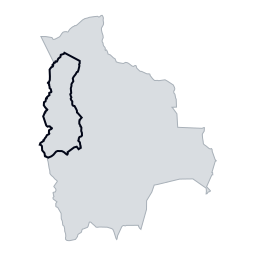 location of La Paz within Bolivia
{"feature_id": "BOL-1936", "entity_name": "La Paz", "entity_type": "Department", "adm_level": 1, "iso_a3": "BOL", "parent_name": "Bolivia", "parent_adm1": "", "projection": "natural_earth1", "projection_center": [-68.162, -14.972], "detail": "medium", "context": "in_parent", "style": "outline", "palette": "ink", "viewbox_px": 256, "rotation_deg": 0, "n_neighbors": 0, "source": "natural_earth", "source_scale": "10m", "svg_char_len": 5100}
<svg xmlns="http://www.w3.org/2000/svg" viewBox="0 0 256 256"><path d="M42.3,150.4L41.9,146.5L41.3,145.5L40.4,144.8L40.1,144.1L40.4,143.2L42.1,141.6L43.1,141.3L43.3,140.5L46.5,135.8L47.5,134.9L48.7,134.2L49.1,133.7L48.9,132.0L49.0,130.8L49.3,130.1L51.5,128.8L51.7,128.5L51.6,128.1L50.7,127.2L48.8,126.4L47.5,126.5L46.3,125.3L43.7,118.2L43.3,116.6L43.3,115.9L45.0,112.5L46.9,109.7L46.7,109.0L44.6,106.3L44.0,105.0L44.2,102.1L45.4,101.3L46.0,98.7L46.5,98.3L47.7,96.6L49.2,95.0L49.3,93.1L49.8,92.6L51.1,91.9L51.3,91.5L51.0,90.2L50.3,88.8L49.8,88.1L49.1,84.8L48.3,83.1L49.1,81.6L49.6,80.0L49.8,78.0L49.7,69.4L51.3,67.3L52.1,66.9L52.9,66.1L52.8,64.8L54.0,63.0L40.9,36.5L46.0,36.6L51.6,37.5L52.5,38.1L52.7,39.0L53.3,39.4L54.9,39.2L59.4,36.9L60.1,36.2L61.7,33.7L62.9,32.3L64.1,31.8L66.4,31.6L67.1,32.0L68.1,31.9L68.9,30.5L70.1,28.9L72.5,26.9L73.8,26.4L74.5,25.7L75.9,25.6L77.0,24.9L82.6,19.9L84.9,18.6L87.5,18.0L89.4,17.3L94.4,16.6L97.6,16.3L98.6,17.0L99.8,16.8L100.8,15.7L101.6,15.4L102.2,15.4L103.0,16.7L103.4,18.1L103.2,19.2L103.2,20.8L103.6,22.8L103.4,24.6L101.5,28.0L101.4,29.0L101.5,30.3L102.0,32.5L103.0,35.5L103.2,37.8L102.5,39.2L102.1,40.5L102.2,41.6L102.4,42.3L102.9,42.7L103.1,43.6L103.2,44.8L103.8,46.1L104.9,47.3L105.3,48.4L105.1,49.5L105.2,50.1L105.5,50.4L106.2,49.9L106.6,50.0L107.3,51.5L107.8,53.0L108.0,54.0L110.3,54.9L113.5,57.9L115.0,58.7L116.3,61.9L118.7,62.7L123.3,63.5L125.5,62.4L127.0,62.6L128.5,63.3L132.0,66.0L133.4,66.5L134.4,65.8L135.3,65.5L136.1,65.8L136.8,68.2L139.4,70.7L140.4,71.4L141.6,71.4L146.5,73.7L147.8,73.9L149.0,73.8L149.9,74.2L150.2,75.6L152.4,78.4L153.4,79.5L154.6,80.5L157.8,80.4L158.7,80.7L165.0,79.8L167.4,81.1L173.3,85.0L174.5,87.5L174.8,88.9L174.4,90.3L173.9,90.8L173.7,91.7L173.9,93.0L174.9,94.2L175.7,98.3L176.2,99.1L176.5,107.1L172.0,107.3L172.8,108.1L176.9,113.8L177.7,127.3L201.5,128.3L202.1,128.3L203.9,127.6L204.4,127.6L204.2,131.1L202.5,133.8L202.3,134.7L202.6,138.3L203.1,141.2L203.4,143.8L204.1,144.6L206.1,146.0L209.2,148.6L210.5,148.9L211.5,148.6L212.1,149.6L212.2,151.3L214.9,159.0L215.4,160.0L216.2,160.6L216.1,161.0L215.4,161.1L215.1,161.7L211.9,172.5L212.6,172.6L212.8,174.8L211.9,174.9L211.6,175.4L206.6,186.7L210.4,190.8L210.0,191.5L208.1,192.1L207.0,193.7L206.1,193.9L206.4,191.1L206.2,188.6L205.9,188.0L192.9,178.9L179.6,179.1L157.8,184.4L154.2,185.1L151.8,192.1L146.6,200.7L146.5,209.4L140.9,229.4L139.5,228.1L138.5,226.2L138.3,225.3L138.1,225.3L126.2,225.4L125.6,225.8L124.7,225.8L124.1,225.5L123.5,225.5L122.6,225.9L121.8,226.6L117.6,235.7L117.0,239.0L116.7,239.5L116.0,238.4L113.9,231.7L112.8,229.3L111.4,228.5L107.2,227.2L99.6,227.0L97.2,227.3L96.0,227.1L94.7,225.7L91.9,223.3L91.3,222.5L90.2,222.0L89.6,222.0L89.2,222.5L88.1,226.3L87.5,227.3L83.5,228.9L82.5,229.1L81.9,230.0L81.7,231.2L81.2,232.4L78.4,234.1L77.8,234.8L77.5,236.5L75.5,239.4L70.0,240.6L68.1,240.6L66.9,240.4L65.7,239.5L65.5,237.9L65.8,236.2L65.6,233.8L64.7,231.1L64.7,230.2L64.6,228.9L64.1,226.3L62.8,225.1L62.3,221.1L61.3,218.8L61.1,213.4L57.7,207.4L56.3,206.9L55.9,206.6L55.8,205.7L55.8,203.4L57.0,201.9L53.2,199.0L53.0,198.2L53.0,197.6L54.0,196.4L53.4,195.0L53.4,193.7L53.0,193.1L53.0,192.7L53.5,192.3L55.3,191.9L55.9,190.6L55.9,189.4L55.6,188.7L53.9,186.7L53.9,186.3L57.3,181.4L57.2,181.0L56.8,180.5L55.0,179.1L53.0,176.8L51.5,175.6L50.5,174.4L49.9,173.5L49.8,170.8L49.1,168.1L48.1,161.7L47.4,159.4L48.2,158.1L48.1,157.8L44.9,155.9L44.3,153.0L42.3,150.4Z" fill="#d9dde1" stroke="#a8b0b8" stroke-width="1"/><path d="M45.3,156.5L44.9,156.1L44.6,153.6L44.3,152.8L42.2,150.4L41.9,146.1L40.8,144.9L39.8,144.7L40.4,143.0L43.6,140.9L43.4,140.2L44.2,139.7L44.7,138.5L46.2,136.7L46.8,135.2L48.9,134.2L49.3,133.6L48.9,132.7L49.0,130.5L49.4,129.9L51.5,128.9L51.9,128.3L51.7,127.9L50.6,127.3L49.7,126.3L48.7,126.3L47.7,126.7L46.7,126.0L46.2,125.3L43.2,116.3L44.2,114.2L44.4,113.2L45.3,112.6L45.2,111.6L46.2,110.8L46.4,110.1L47.0,110.1L47.3,109.6L45.2,107.4L43.8,105.3L44.0,102.2L45.5,101.4L46.0,98.4L46.9,98.4L47.0,97.1L49.5,95.0L49.2,94.0L49.3,92.8L51.1,92.2L51.4,91.8L50.8,89.2L49.6,88.1L49.5,86.3L49.1,85.2L49.2,84.3L47.9,82.9L48.1,82.5L49.0,82.3L49.1,81.7L49.8,80.0L49.9,76.3L49.6,69.6L51.2,67.3L52.8,66.5L53.1,65.8L52.5,65.4L52.4,65.0L53.4,64.1L53.9,62.8L54.8,62.8L55.5,61.4L56.5,61.7L57.0,61.5L58.3,58.6L60.4,57.0L60.8,54.8L63.8,53.9L64.4,52.8L79.7,60.9L79.7,63.4L79.1,64.3L79.4,65.9L78.5,69.8L77.8,71.8L76.8,72.1L75.6,74.3L73.7,76.7L72.8,78.4L73.3,81.3L71.7,83.6L71.4,84.6L71.5,85.8L70.8,88.5L71.2,93.0L70.3,94.2L70.8,96.1L71.4,97.3L70.7,98.8L71.2,100.0L72.3,101.4L72.2,103.9L72.5,105.1L73.2,105.8L74.5,106.0L75.9,108.5L76.9,110.6L77.0,112.5L77.7,113.0L81.7,117.6L79.5,120.1L79.7,120.4L79.3,121.4L79.3,123.7L80.4,125.6L80.4,126.4L80.9,126.6L81.4,127.6L81.2,131.0L81.9,132.8L82.0,135.4L81.4,136.3L79.5,137.0L78.8,138.3L78.8,139.2L78.3,140.6L78.6,141.2L79.2,141.5L79.9,142.5L80.2,144.8L80.7,146.3L80.4,146.9L80.8,147.8L78.6,149.2L76.7,146.7L74.1,147.4L67.6,152.2L67.8,153.7L67.3,154.6L66.7,154.5L63.9,152.1L61.9,151.1L57.5,151.0L56.0,151.7L53.4,154.8L51.4,156.3L48.3,157.6L48.1,157.3L47.2,157.3L45.7,156.3L45.3,156.5Z" fill="none" stroke="#020617" stroke-width="2"/></svg>